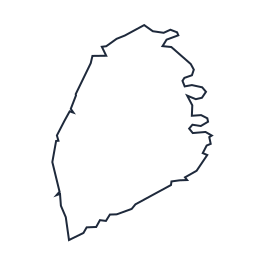 Wilson, Tennessee, United States of America, rotated 78°
{"feature_id": "52423323B68514472010910", "entity_name": "Wilson", "entity_type": "district", "adm_level": 2, "iso_a3": "USA", "parent_name": "United States of America", "parent_adm1": "Tennessee", "projection": "orthographic", "projection_center": [-86.303, 36.156], "detail": "fine", "context": "isolated", "style": "outline", "palette": "slate", "viewbox_px": 256, "rotation_deg": 78, "n_neighbors": 0, "source": "geoboundaries", "source_scale": "gbopen_adm2", "svg_char_len": 1007}
<svg xmlns="http://www.w3.org/2000/svg" viewBox="0 0 256 256"><g transform="rotate(78 128 128)"><path d="M225.3,209.0L221.4,193.4L216.6,189.1L218.2,179.7L212.3,174.6L214.3,168.9L208.9,163.7L210.1,157.0L207.9,141.2L204.2,136.6L192.7,97.8L189.3,96.6L189.9,88.4L191.2,81.0L188.1,82.5L184.1,69.8L170.9,56.1L168.1,60.1L161.5,54.7L160.7,50.4L153.8,50.4L152.8,47.6L148.0,53.0L146.4,65.7L141.3,68.3L138.2,64.3L141.2,56.4L138.5,48.4L135.0,48.4L130.6,53.8L129.3,63.0L119.2,60.4L108.6,63.4L113.9,55.7L113.8,49.4L108.8,44.2L103.6,47.0L99.3,56.6L99.1,63.9L93.2,64.9L90.7,62.4L89.7,54.5L84.6,51.5L78.5,53.3L57.8,68.8L55.1,77.2L49.6,71.9L47.8,59.5L44.6,60.1L40.7,66.1L42.3,73.3L38.5,83.6L30.7,90.8L36.9,111.9L38.4,120.6L43.5,132.3L43.1,136.7L52.8,134.3L50.1,147.8L56.9,151.0L84.0,172.1L85.3,172.1L97.4,180.0L101.6,178.2L99.6,181.6L107.8,188.7L120.5,199.1L126.0,198.7L125.7,201.0L145.6,209.1L176.1,208.2L178.8,211.8L178.3,208.2L190.1,209.8L202.3,207.4L225.3,209.0Z" fill="none" stroke="#1e293b" stroke-width="2"/></g></svg>